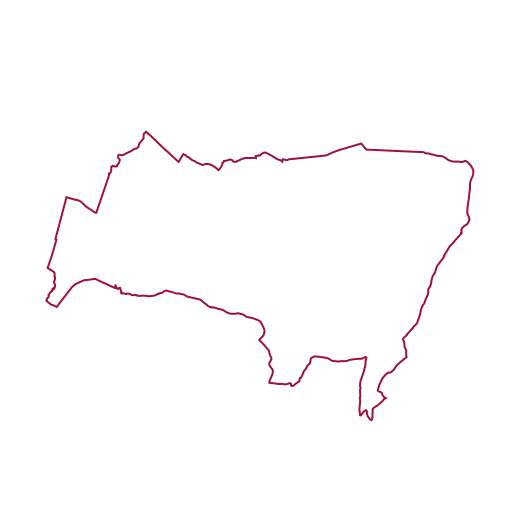 the district of Crucisor, Satu Mare, Romania, rotated 282°
{"feature_id": "2599482B33084136959102", "entity_name": "Crucisor", "entity_type": "district", "adm_level": 2, "iso_a3": "ROU", "parent_name": "Romania", "parent_adm1": "Satu Mare", "projection": "albers", "projection_center": [23.236, 47.656], "detail": "fine", "context": "isolated", "style": "outline", "palette": "rose", "viewbox_px": 512, "rotation_deg": 282, "n_neighbors": 0, "source": "geoboundaries", "source_scale": "gbopen_adm2", "svg_char_len": 6088}
<svg xmlns="http://www.w3.org/2000/svg" viewBox="0 0 512 512"><g transform="rotate(282 256 256)"><path d="M375.3,450.3L378.2,451.2L381.4,451.5L384.9,450.7L386.6,449.6L389.4,447.1L390.3,445.5L391.6,444.0L392.6,441.1L392.4,440.5L391.1,438.6L390.6,437.6L390.4,434.0L389.6,430.8L389.4,429.2L389.3,427.8L389.6,425.4L390.0,423.9L391.6,420.1L392.2,418.0L392.3,416.2L391.8,413.9L391.7,411.2L392.0,408.9L391.8,406.7L392.2,403.6L391.7,400.6L392.3,398.8L392.3,397.1L391.7,394.2L383.0,341.6L387.9,335.6L376.5,314.6L373.4,309.7L369.4,304.3L368.4,302.1L357.3,267.7L356.3,266.8L356.2,266.5L356.1,262.1L353.8,262.1L354.6,260.5L355.2,256.5L357.7,249.5L359.2,243.7L358.9,242.6L357.3,240.5L355.1,239.1L355.0,237.5L354.1,236.4L353.7,235.0L351.8,235.5L351.9,235.1L351.7,233.8L350.9,231.2L349.6,224.9L347.7,221.7L344.4,217.3L343.9,216.9L343.9,216.5L343.5,214.4L344.6,213.3L345.0,211.7L345.1,210.7L342.8,206.6L342.5,205.6L342.1,204.7L341.4,204.8L340.7,204.6L340.1,204.2L340.0,203.8L338.2,203.9L336.1,203.5L333.1,202.1L332.2,201.4L334.3,197.7L335.7,193.7L336.1,190.9L335.9,189.3L335.3,187.1L333.9,184.8L335.2,178.1L336.1,176.4L336.4,173.7L336.9,173.2L337.2,172.2L337.8,170.9L338.6,169.9L338.7,169.4L338.7,168.4L338.9,167.7L339.8,166.6L340.6,163.7L332.0,160.8L333.1,158.7L340.3,146.6L342.2,143.1L351.2,128.8L354.7,122.6L353.0,121.7L352.6,121.3L352.6,121.1L352.0,120.8L347.8,121.5L346.8,121.2L342.2,118.6L338.6,118.3L337.1,117.5L336.5,117.0L335.4,114.9L334.5,113.7L332.5,111.9L329.5,107.7L328.0,106.3L327.6,105.3L327.0,104.7L326.7,104.0L326.6,102.7L326.7,101.2L325.8,100.3L324.2,100.5L323.2,101.0L321.9,102.7L319.9,102.8L317.8,102.4L316.1,101.3L314.9,101.4L314.2,99.6L314.4,96.9L313.7,96.5L313.1,95.9L312.7,95.9L312.3,96.3L310.5,96.3L309.7,96.7L308.8,96.7L308.0,96.4L307.0,96.3L306.3,95.8L306.3,95.2L306.0,95.0L304.2,95.5L265.1,90.8L265.0,89.9L265.2,89.2L268.5,80.7L269.2,79.2L272.5,74.0L273.2,72.1L273.5,70.4L273.6,67.5L273.4,67.4L274.1,58.4L230.9,56.3L230.5,57.4L215.7,56.4L201.0,54.7L198.2,61.9L197.8,62.2L197.3,62.6L194.4,63.1L194.5,63.3L192.0,64.2L188.3,63.8L186.2,65.3L184.6,65.8L183.3,65.6L183.1,65.2L182.8,65.0L181.9,65.5L181.6,65.2L181.4,64.4L181.6,64.0L180.1,63.4L179.8,63.8L179.0,63.8L177.6,62.3L175.2,61.5L174.7,61.1L174.2,61.6L172.6,61.6L171.8,61.0L171.7,60.7L170.5,60.2L169.6,60.4L169.3,60.7L168.5,60.5L167.9,61.8L167.5,62.2L167.2,63.0L166.5,64.2L165.9,65.5L165.9,65.8L165.7,66.1L165.9,67.4L165.5,68.6L164.7,71.7L169.4,73.8L185.7,81.7L187.5,82.6L189.6,84.2L191.0,85.4L192.4,87.1L196.7,93.1L197.4,95.7L200.1,103.1L200.1,104.0L198.8,109.1L197.8,113.9L196.1,121.0L195.4,124.8L198.0,124.7L198.0,124.9L196.8,125.5L195.4,126.8L195.1,128.0L196.4,128.9L196.6,129.2L196.5,129.8L195.6,130.1L194.2,131.1L193.5,131.2L192.6,132.0L191.8,131.7L191.4,132.2L191.9,134.0L192.0,134.7L191.6,136.6L191.9,137.2L192.5,137.7L192.7,138.9L192.7,140.7L191.9,142.6L192.2,143.5L192.5,145.7L193.0,146.5L193.0,146.9L192.4,148.7L192.7,149.2L192.7,149.7L192.9,151.3L193.4,152.3L193.9,154.5L194.0,155.6L194.2,157.0L194.3,159.5L195.6,163.4L196.6,165.7L198.7,167.9L198.5,168.4L199.6,169.6L200.6,172.0L202.2,173.1L203.1,174.4L203.5,175.4L203.1,183.4L202.7,185.4L202.9,186.9L203.3,188.0L203.2,189.0L203.4,190.0L203.1,191.0L203.4,192.5L203.4,193.0L202.0,197.1L201.8,210.3L200.9,212.3L198.6,216.5L198.0,218.1L197.2,219.4L196.6,221.2L196.6,222.4L196.3,223.0L196.9,224.6L196.7,226.2L196.9,227.2L196.5,229.4L196.5,233.0L196.2,235.3L194.9,238.7L194.3,241.8L194.3,243.3L194.5,244.6L195.1,247.3L196.3,250.5L196.0,255.6L195.8,256.5L194.7,258.8L194.5,259.9L194.6,265.1L193.7,271.1L193.2,273.0L192.1,274.6L186.9,278.8L185.0,279.7L183.5,280.1L180.5,279.9L179.6,279.6L175.9,277.3L174.4,276.8L173.5,278.4L171.3,281.5L170.3,283.1L167.6,286.2L166.6,287.9L165.5,288.6L162.8,289.8L159.0,292.4L158.2,292.5L154.2,291.3L153.2,291.3L151.6,292.1L148.2,295.9L147.4,296.3L145.7,296.6L144.3,296.6L142.8,296.5L137.8,295.4L135.3,295.3L134.8,295.4L134.7,296.6L135.1,298.7L135.3,302.0L135.6,305.3L136.5,308.7L136.3,310.0L136.3,310.7L136.9,312.3L138.5,315.4L138.7,316.1L138.6,316.5L138.3,316.7L136.6,317.3L136.2,317.7L136.4,318.5L137.5,320.1L139.8,321.8L140.3,322.5L141.6,323.5L142.5,324.5L143.2,324.3L145.7,324.3L146.1,325.3L149.1,326.1L150.9,326.3L153.9,327.0L156.2,328.3L158.4,328.8L160.6,329.8L161.4,330.7L162.3,331.1L164.1,331.2L165.3,330.9L167.1,331.0L168.0,331.5L169.9,334.0L170.5,338.0L170.6,341.6L170.9,342.6L171.0,346.0L170.8,347.9L170.5,349.0L169.5,351.4L169.3,352.2L169.9,358.7L171.1,361.7L171.3,363.8L172.0,365.9L172.5,367.1L173.9,369.3L175.8,374.5L176.7,377.4L177.5,380.8L178.0,381.6L179.8,383.6L179.9,384.6L179.6,385.1L175.1,385.1L172.6,385.7L171.5,385.7L165.9,385.5L154.6,384.2L150.6,384.7L148.9,385.7L146.6,385.6L140.1,387.3L138.6,387.1L135.9,388.1L126.8,389.1L125.4,389.8L121.9,390.9L121.9,391.8L124.2,392.8L125.1,393.1L126.2,393.8L127.8,395.2L128.0,395.6L128.0,396.0L127.4,396.5L122.9,398.2L120.2,401.2L119.7,402.0L119.4,402.9L120.0,403.3L121.7,403.3L122.2,403.6L125.9,402.7L128.0,402.5L130.1,401.9L132.1,402.8L134.9,405.7L137.1,407.5L141.1,410.4L142.8,411.0L143.3,411.9L144.0,412.5L144.4,411.1L146.0,408.8L147.9,407.8L148.5,407.0L148.9,405.8L148.9,405.1L149.2,403.7L149.7,403.1L152.4,403.1L156.5,403.6L161.8,404.9L163.6,405.6L167.3,407.6L169.3,409.5L169.8,411.2L170.4,412.1L172.0,413.5L173.5,414.4L178.3,416.4L182.3,419.3L186.3,422.5L188.2,424.3L189.2,423.9L192.0,423.1L194.9,422.6L198.4,420.0L201.0,419.4L203.0,418.6L204.6,417.3L205.4,417.1L206.5,417.5L209.9,419.9L211.5,420.4L213.6,421.7L216.1,423.0L217.9,424.3L220.1,425.0L221.7,426.4L224.5,427.7L226.3,427.7L228.9,428.2L233.3,428.6L238.0,428.5L242.3,429.3L244.5,430.4L249.6,431.1L253.5,432.1L255.9,432.2L258.6,431.5L259.6,431.5L262.0,432.5L265.0,433.0L269.1,432.7L273.0,433.0L277.6,434.7L278.7,434.6L281.1,434.8L283.8,435.2L293.4,439.7L295.0,440.1L295.1,439.8L305.7,443.5L309.5,445.9L312.5,447.4L321.0,452.4L321.4,451.7L322.4,452.0L323.9,451.5L324.6,451.4L326.0,451.7L328.7,453.5L330.9,455.8L332.2,456.4L334.0,456.9L336.0,457.3L338.9,455.9L340.5,454.3L342.5,453.6L347.3,452.8L358.1,452.1L363.5,451.4L365.0,451.5L371.4,450.3L375.3,450.3Z" fill="none" stroke="#9f1239" stroke-width="2"/></g></svg>